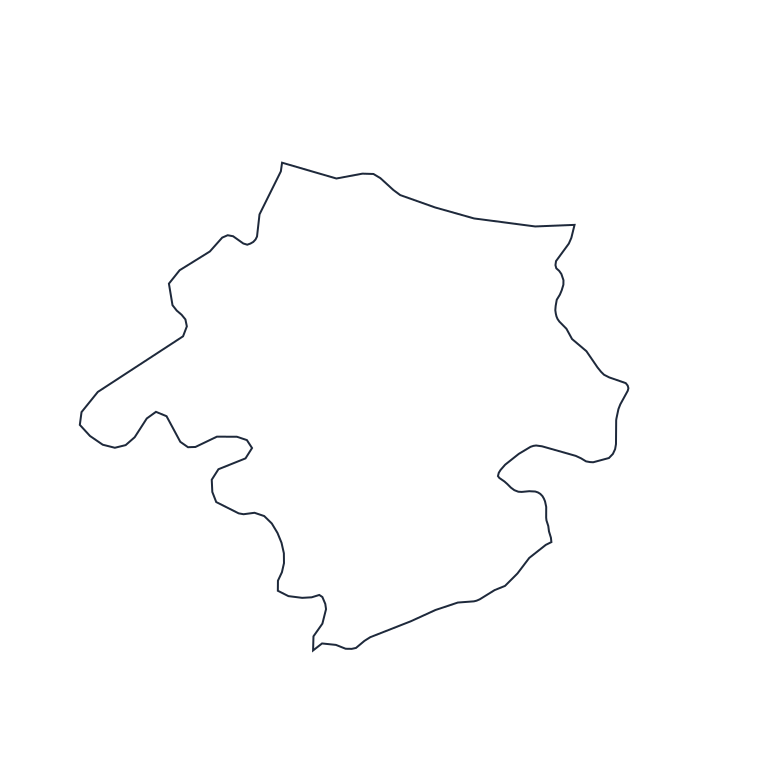 an SVG outline of Caserta, rotated 136°
{"feature_id": "ITA-5396", "entity_name": "Caserta", "entity_type": "Province", "adm_level": 1, "iso_a3": "ITA", "parent_name": "Italy", "parent_adm1": "", "projection": "equal_earth", "projection_center": [14.158, 41.216], "detail": "fine", "context": "isolated", "style": "outline", "palette": "slate", "viewbox_px": 768, "rotation_deg": 136, "n_neighbors": 0, "source": "natural_earth", "source_scale": "10m", "svg_char_len": 2182}
<svg xmlns="http://www.w3.org/2000/svg" viewBox="0 0 768 768"><g transform="rotate(136 384 384)"><path d="M303.6,614.0L275.5,564.9L253.4,550.3L245.7,542.4L243.6,534.6L242.5,517.0L241.1,508.6L224.6,475.5L204.2,440.5L165.8,392.3L136.4,366.1L147.7,359.0L153.5,356.6L174.9,352.9L178.1,350.4L179.7,347.5L179.4,343.8L180.0,339.9L182.8,334.0L186.0,330.8L191.0,328.0L195.4,326.1L201.2,324.6L206.3,320.9L209.5,318.1L211.5,315.3L213.0,312.8L214.0,310.2L214.5,307.1L214.4,297.0L217.5,285.7L215.6,267.0L218.9,247.6L219.4,242.0L219.3,237.8L217.4,232.3L209.5,216.7L209.8,213.6L211.1,211.2L213.4,209.8L228.2,205.2L232.8,203.1L240.8,197.7L242.1,196.7L258.9,179.6L263.0,176.6L267.9,174.7L273.6,174.5L287.9,182.4L290.1,184.8L292.4,188.0L293.9,193.7L296.0,199.1L313.6,229.4L317.3,234.1L319.5,235.7L322.2,237.0L335.5,240.1L352.9,241.8L359.9,241.2L363.1,240.4L366.0,238.6L366.3,236.3L365.1,230.3L364.8,226.6L364.7,221.3L364.0,217.1L362.2,213.2L359.9,210.7L354.0,206.0L349.9,201.6L348.6,199.1L347.9,196.4L347.9,193.3L348.6,190.5L349.7,187.7L352.7,182.9L360.2,175.2L361.9,173.0L364.5,167.7L367.7,163.4L370.7,157.5L373.4,154.0L379.4,155.9L400.3,158.0L419.6,155.0L437.2,154.7L447.6,158.9L464.7,162.6L467.9,163.8L470.3,165.2L482.7,175.5L504.0,185.7L529.8,194.8L537.7,198.1L569.7,211.4L576.4,212.8L587.5,213.6L591.2,215.9L595.5,220.2L599.8,229.7L608.8,240.4L620.1,241.6L610.0,251.5L594.8,254.4L582.1,262.3L579.0,266.6L576.3,273.6L577.1,277.2L584.2,280.8L591.4,287.0L600.1,297.8L604.0,309.0L596.9,316.2L588.2,319.5L580.4,324.6L573.6,331.8L568.0,341.0L564.1,350.8L561.6,361.6L561.9,372.2L566.6,381.3L575.5,387.9L578.4,391.9L586.7,415.6L582.5,425.6L574.4,434.8L562.3,437.7L535.3,426.7L523.4,429.6L521.6,438.9L526.5,448.3L540.8,462.2L563.4,469.7L568.9,474.7L570.7,483.9L562.8,511.9L567.4,522.4L578.6,524.0L600.3,518.9L612.3,519.5L621.9,525.1L628.5,535.7L631.6,550.9L631.2,565.9L621.1,573.9L595.4,577.1L495.4,557.9L485.8,562.4L482.0,568.4L481.5,574.4L482.1,580.8L481.4,587.6L469.0,605.6L452.0,607.8L417.2,600.3L398.7,601.7L393.1,599.6L389.9,595.1L387.6,582.8L385.6,579.2L382.5,577.8L379.3,577.0L376.0,577.2L372.9,578.3L355.7,592.5L310.5,608.6L303.6,614.0Z" fill="none" stroke="#1e293b" stroke-width="2"/></g></svg>